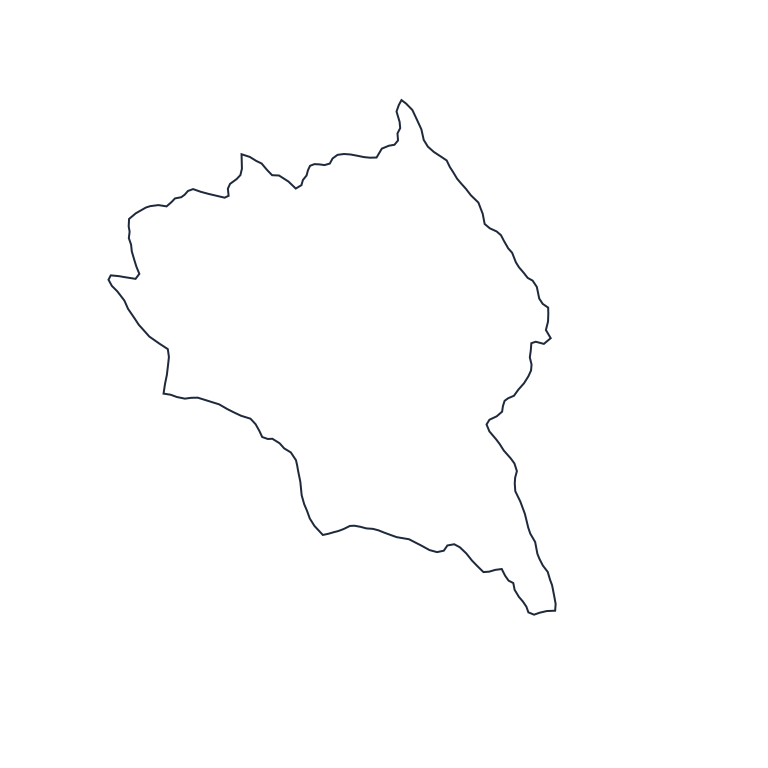 Campos Novos Paulista, São Paulo, Brazil, rotated 324°
{"feature_id": "56859067B51677967668547", "entity_name": "Campos Novos Paulista", "entity_type": "district", "adm_level": 2, "iso_a3": "BRA", "parent_name": "Brazil", "parent_adm1": "São Paulo", "projection": "equal_earth", "projection_center": [-50.01, -22.637], "detail": "fine", "context": "isolated", "style": "outline", "palette": "slate", "viewbox_px": 768, "rotation_deg": 324, "n_neighbors": 0, "source": "geoboundaries", "source_scale": "gbopen_adm2", "svg_char_len": 3046}
<svg xmlns="http://www.w3.org/2000/svg" viewBox="0 0 768 768"><g transform="rotate(324 384 384)"><path d="M299.4,102.7L295.2,101.3L289.8,100.7L283.4,100.0L274.8,100.6L270.1,106.4L267.7,111.3L263.3,116.0L261.3,122.6L257.9,128.5L255.1,136.3L252.6,143.7L250.8,151.1L244.8,152.9L239.9,148.0L236.6,144.7L233.0,141.0L226.8,135.5L222.4,137.7L221.5,144.7L222.7,152.3L223.0,163.9L221.1,172.8L220.9,180.2L220.7,186.0L220.4,191.8L221.1,198.4L222.0,207.6L225.9,219.0L229.6,228.7L225.9,235.7L221.1,241.0L213.8,248.9L206.7,255.4L200.0,262.2L205.1,267.3L208.8,272.8L214.3,278.8L220.0,281.9L225.3,285.6L229.4,291.1L234.6,298.1L238.7,303.6L242.4,312.0L245.8,318.6L249.7,325.7L255.6,333.6L256.5,341.0L255.6,348.6L254.3,355.3L257.7,360.2L261.5,362.7L264.7,370.6L265.4,377.4L268.4,384.6L268.0,393.9L265.9,398.8L263.4,403.9L258.8,414.0L252.0,425.6L248.8,434.3L247.2,441.2L244.9,449.2L244.3,458.0L245.8,470.2L251.3,472.6L256.1,474.3L260.6,476.1L266.1,477.6L273.0,478.8L276.8,481.3L281.1,485.8L284.8,490.4L289.9,494.7L293.5,499.1L296.7,504.2L301.0,510.6L304.2,515.3L307.6,518.8L313.0,524.3L316.1,530.5L319.3,536.8L323.2,545.1L328.1,551.2L334.4,554.0L340.4,551.9L346.6,554.9L349.4,560.7L351.0,569.5L351.4,578.7L352.6,586.9L353.9,594.6L358.7,597.6L364.8,599.8L370.5,602.9L369.3,610.3L369.2,616.3L371.6,621.0L368.7,627.3L368.0,635.5L368.5,641.7L368.3,647.8L366.6,653.6L369.8,658.8L375.7,660.6L382.3,663.4L389.2,668.0L393.6,662.8L397.1,655.5L401.7,645.6L403.3,639.9L406.0,632.3L405.8,624.2L407.0,616.7L408.3,611.5L413.4,600.7L414.4,591.0L416.3,584.9L419.1,578.1L421.6,572.0L425.2,559.2L427.2,547.9L431.4,541.2L435.0,536.9L440.3,532.6L442.8,525.0L442.8,518.8L441.8,508.2L442.3,500.5L442.2,494.8L441.4,484.3L443.2,477.0L448.3,474.9L456.2,476.4L463.3,475.8L467.2,471.8L471.7,468.5L476.1,468.5L482.2,469.9L489.5,467.5L497.7,465.7L505.4,462.6L510.9,459.5L514.8,455.0L517.6,448.2L522.5,443.1L527.2,437.6L531.6,439.0L536.9,445.5L545.8,444.9L546.7,435.5L553.4,429.9L558.2,423.8L561.7,418.7L559.5,412.5L559.8,406.1L564.7,395.3L565.0,387.7L562.6,382.6L562.4,376.4L561.8,368.8L562.2,363.1L564.8,353.2L564.2,347.3L565.2,338.3L566.1,332.4L564.8,326.8L561.1,320.2L559.5,313.7L563.9,304.3L567.0,292.7L565.2,282.3L565.0,274.3L564.3,267.6L563.8,260.9L564.5,252.9L564.8,247.2L566.1,240.0L564.1,234.5L560.7,225.5L559.0,217.7L559.6,209.9L563.9,200.0L566.1,189.0L568.0,179.0L566.7,170.1L565.0,164.6L560.0,167.0L554.3,170.9L550.7,181.1L547.5,186.5L542.2,189.2L538.5,195.2L533.1,196.6L528.0,194.1L520.6,192.3L511.1,196.4L505.7,192.7L501.2,188.7L496.8,183.9L491.8,178.6L486.8,174.4L481.1,171.3L475.0,171.3L469.7,173.8L464.5,171.9L461.0,168.5L456.9,165.2L452.4,164.0L448.1,166.4L443.9,169.8L438.3,171.3L434.1,174.6L427.5,174.0L425.7,164.0L421.6,153.6L416.2,149.3L415.2,142.2L414.6,133.7L411.8,128.5L408.9,121.4L403.8,114.4L395.6,126.3L390.6,130.6L385.1,131.6L377.1,131.6L372.5,134.2L368.9,140.4L364.6,139.6L353.9,127.2L348.8,120.9L344.1,114.1L338.8,112.6L334.0,113.7L329.7,113.7L324.0,111.0L319.2,111.9L312.5,112.5L306.7,106.7L299.4,102.7Z" fill="none" stroke="#1e293b" stroke-width="2"/></g></svg>